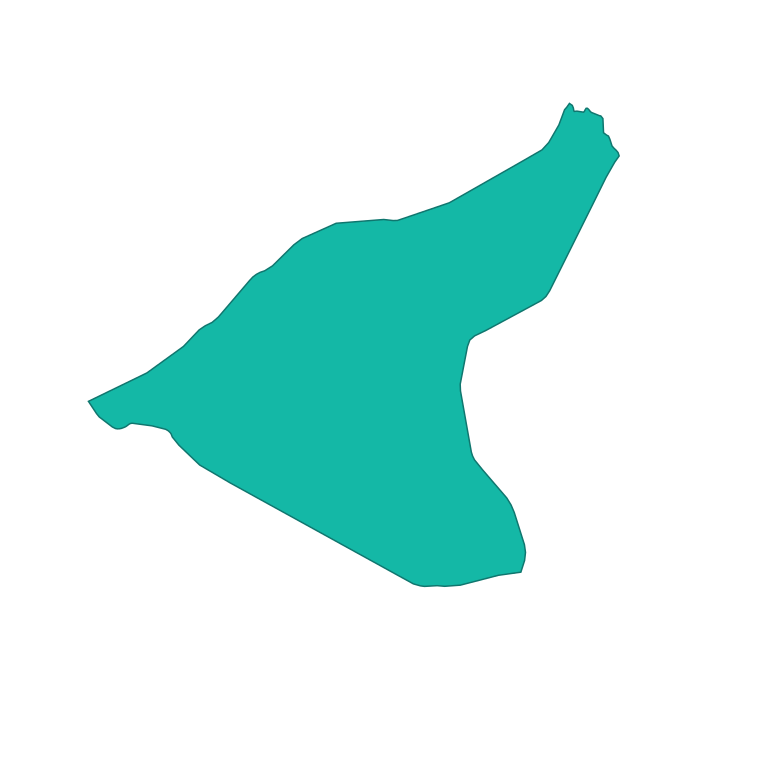 an SVG outline of Hasaka (Al Haksa), rotated 344°
{"feature_id": "SYR-141", "entity_name": "Hasaka (Al Haksa)", "entity_type": "Province", "adm_level": 1, "iso_a3": "SYR", "parent_name": "Syria", "parent_adm1": "", "projection": "orthographic", "projection_center": [41.143, 36.439], "detail": "fine", "context": "isolated", "style": "filled", "palette": "teal", "viewbox_px": 768, "rotation_deg": 344, "n_neighbors": 0, "source": "natural_earth", "source_scale": "10m", "svg_char_len": 1477}
<svg xmlns="http://www.w3.org/2000/svg" viewBox="0 0 768 768"><g transform="rotate(344 384 384)"><path d="M639.6,165.4L641.8,168.1L642.1,170.9L641.8,173.4L642.0,174.4L644.7,174.9L650.7,177.7L651.8,177.1L653.0,175.8L654.3,174.7L655.5,175.0L656.4,176.4L657.4,178.8L658.2,180.1L665.0,185.4L666.3,186.1L667.6,189.2L664.3,203.0L666.6,206.1L668.1,207.5L668.6,211.0L668.8,218.0L670.1,220.8L671.6,223.3L672.8,226.1L672.9,229.6L666.8,234.5L654.4,246.6L634.3,268.7L595.3,311.3L569.0,340.0L563.8,344.5L558.4,347.1L497.2,360.5L484.4,362.7L478.6,365.4L474.6,370.9L457.2,405.2L455.6,411.8L449.2,473.5L449.3,477.6L450.1,481.9L455.2,493.9L470.6,527.4L472.8,535.3L473.8,543.4L474.7,577.2L473.6,584.9L470.5,592.4L463.7,602.6L441.2,599.4L401.9,598.4L386.6,595.2L379.5,592.5L367.1,589.7L363.4,588.1L357.1,584.2L209.0,436.8L184.5,411.1L170.0,386.3L165.9,376.6L165.6,373.4L165.3,372.4L165.0,371.7L163.8,369.6L161.7,367.4L149.5,360.3L131.4,352.4L130.5,352.2L129.5,352.1L128.6,352.2L127.8,352.4L124.7,353.6L123.0,354.0L119.4,354.3L117.3,354.1L115.3,353.6L113.6,352.8L111.0,350.4L101.2,337.2L99.5,333.2L95.1,319.2L159.1,308.0L201.6,292.6L221.3,281.0L228.4,278.7L235.8,277.4L243.2,274.0L257.3,264.7L283.4,247.4L287.4,245.0L291.6,243.4L295.9,242.5L300.4,242.3L309.4,239.7L335.8,225.3L345.5,221.6L382.3,216.3L429.1,225.8L437.8,229.4L442.1,230.5L496.7,227.8L578.3,208.0L600.4,202.5L608.9,197.3L623.5,183.2L633.2,170.1L636.0,168.3L639.6,165.4Z" fill="#14b8a6" stroke="#0f766e" stroke-width="1.5"/></g></svg>